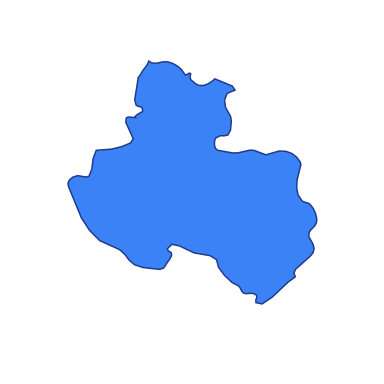 outline of Haute-Savoie, rotated 235°
{"feature_id": "FRA-5302", "entity_name": "Haute-Savoie", "entity_type": "Metropolitan department", "adm_level": 1, "iso_a3": "FRA", "parent_name": "France", "parent_adm1": "", "projection": "robinson", "projection_center": [6.477, 46.07], "detail": "fine", "context": "isolated", "style": "filled", "palette": "blue", "viewbox_px": 384, "rotation_deg": 235, "n_neighbors": 0, "source": "natural_earth", "source_scale": "10m", "svg_char_len": 2066}
<svg xmlns="http://www.w3.org/2000/svg" viewBox="0 0 384 384"><g transform="rotate(235 192 192)"><path d="M324.1,231.7L321.0,233.0L318.6,235.6L316.9,238.8L315.5,242.5L312.5,246.9L308.0,250.2L303.1,252.4L298.4,253.6L292.9,253.6L291.4,253.8L291.2,255.2L291.0,257.0L290.8,258.3L289.4,258.7L288.1,256.9L286.6,256.1L284.7,255.4L278.7,257.0L275.3,258.8L272.5,262.8L271.4,267.3L271.2,272.2L271.6,275.6L255.6,285.8L250.8,285.7L252.6,277.4L248.7,271.4L242.0,268.0L231.6,266.9L227.5,264.9L220.6,259.0L218.1,254.1L219.5,250.7L221.9,247.4L222.6,242.6L222.1,241.3L221.0,240.0L218.6,238.0L216.4,236.8L214.0,236.3L211.6,236.8L200.7,247.7L197.7,252.1L193.1,263.4L190.5,266.7L179.7,274.1L179.5,275.6L175.5,287.1L171.4,292.3L166.3,295.9L160.6,297.7L154.6,297.9L152.1,297.0L141.7,285.1L135.5,280.2L128.7,277.2L121.6,277.1L119.8,277.9L116.5,280.6L114.7,281.5L109.4,281.9L104.0,281.0L99.1,279.1L96.8,277.6L95.0,275.6L93.8,273.0L92.8,267.3L91.7,264.7L88.4,262.1L79.8,261.2L75.8,259.7L72.8,256.3L71.6,252.1L69.3,232.5L67.1,229.0L63.3,228.0L63.1,219.3L59.9,197.5L60.1,185.2L64.7,180.9L67.1,182.5L68.6,184.7L70.4,185.7L73.6,184.1L75.1,182.3L77.9,177.7L79.7,176.2L81.8,175.8L86.5,176.5L88.7,176.2L89.6,175.6L94.9,172.9L104.9,170.8L115.0,170.5L122.5,173.3L129.6,170.2L140.9,158.8L155.0,150.8L160.7,145.6L159.6,139.3L158.0,138.7L154.3,140.2L152.0,139.1L151.1,138.0L149.0,133.4L148.9,132.3L146.9,127.7L146.5,126.6L146.0,125.0L147.1,121.2L151.8,115.8L158.1,108.7L165.2,103.3L172.0,101.4L179.2,101.2L186.4,99.6L205.1,88.5L219.2,86.1L233.9,86.5L266.7,93.8L270.0,95.2L272.0,97.9L272.3,100.5L272.5,103.1L271.0,107.7L265.2,113.6L264.0,116.7L268.2,123.0L276.0,130.1L281.1,137.5L273.3,150.6L269.5,160.4L267.4,169.8L269.4,174.4L286.9,177.7L290.3,180.5L290.1,182.6L288.5,184.7L286.7,186.6L285.7,188.0L286.4,187.7L286.8,190.5L286.8,193.3L286.5,193.6L286.6,195.7L286.2,196.8L286.3,197.7L288.2,199.0L290.3,199.2L292.0,198.1L293.6,196.7L295.4,196.1L300.4,198.0L315.4,212.5L316.5,213.2L317.3,216.1L319.8,221.8L321.4,226.8L322.6,229.5L324.1,231.7Z" fill="#3b82f6" stroke="#1e3a8a" stroke-width="1.5"/></g></svg>